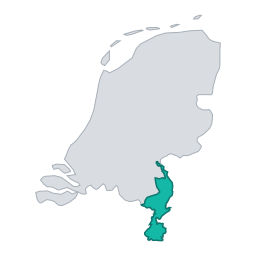 location of Limburg within Netherlands
{"feature_id": "NLD-898", "entity_name": "Limburg", "entity_type": "Province", "adm_level": 1, "iso_a3": "NLD", "parent_name": "Netherlands", "parent_adm1": "", "projection": "mercator", "projection_center": [5.902, 51.263], "detail": "fine", "context": "in_parent", "style": "filled", "palette": "teal", "viewbox_px": 256, "rotation_deg": 0, "n_neighbors": 0, "source": "natural_earth", "source_scale": "10m", "svg_char_len": 5387}
<svg xmlns="http://www.w3.org/2000/svg" viewBox="0 0 256 256"><path d="M162.6,240.4L157.7,240.3L153.1,240.1L150.7,239.7L148.1,238.6L147.0,236.2L145.5,233.4L145.9,231.6L150.2,226.6L150.8,225.2L150.4,224.5L150.8,222.3L154.1,214.9L154.5,211.9L153.1,209.8L151.0,208.5L144.1,206.3L140.8,203.2L139.3,200.4L137.7,199.7L135.5,200.6L129.8,201.6L125.1,200.1L119.7,194.9L118.4,190.3L117.7,186.7L116.4,185.5L114.5,187.3L112.2,190.2L107.6,190.6L106.3,189.9L106.0,188.3L105.8,186.8L104.5,184.9L103.2,183.8L97.3,189.2L95.1,189.1L92.4,187.1L91.1,185.1L88.1,186.2L85.4,188.7L86.3,193.4L84.8,194.2L81.5,193.8L77.8,191.9L73.6,190.7L67.2,187.5L58.4,190.1L52.2,187.0L47.1,186.7L43.9,184.2L40.5,180.0L42.9,177.2L45.2,176.3L54.6,175.7L61.4,177.4L73.7,186.5L76.8,186.5L80.1,185.3L78.4,182.8L75.3,181.6L70.8,179.2L67.1,175.7L75.7,174.6L74.5,172.8L73.4,169.8L64.4,159.1L65.9,156.2L68.2,150.0L71.0,144.8L73.2,143.5L76.9,139.8L85.0,129.0L90.1,120.2L93.9,109.7L99.4,80.7L101.1,75.8L103.8,70.3L107.2,71.3L109.5,72.9L117.8,68.7L132.1,57.9L136.3,48.5L140.4,44.1L156.8,35.5L165.8,33.0L179.8,32.3L189.9,30.8L202.0,30.2L206.6,35.5L209.3,39.4L213.6,41.5L220.3,43.0L219.9,50.6L219.9,65.6L219.4,68.3L216.4,74.6L213.3,85.9L212.4,93.3L211.4,94.7L198.7,94.6L196.9,95.9L196.7,97.5L197.3,99.4L197.0,101.3L196.0,102.8L196.6,105.3L198.8,108.0L202.8,109.8L207.1,109.9L209.3,109.6L210.9,111.6L212.5,114.6L212.4,118.5L211.8,123.6L209.7,128.3L203.9,133.8L201.2,135.7L198.8,136.7L197.6,138.1L197.0,140.0L197.2,141.6L201.3,145.9L201.2,146.9L200.0,149.2L198.4,151.3L187.7,155.7L183.2,155.4L180.7,157.6L179.9,158.0L177.1,156.0L170.8,153.7L168.5,154.5L167.2,155.7L163.2,157.3L160.4,159.7L160.4,162.9L165.4,170.9L167.1,172.5L167.2,175.5L169.6,179.3L172.1,184.0L172.4,187.0L172.1,190.0L170.8,194.3L166.5,204.3L166.4,206.2L166.8,207.7L168.3,208.1L169.4,208.9L169.1,210.2L161.0,217.1L159.9,218.3L156.5,218.0L156.0,219.2L156.5,221.0L157.8,222.7L160.7,223.5L163.2,225.3L165.2,228.7L162.6,240.4ZM77.8,191.9L77.0,194.8L75.2,198.0L68.8,202.6L62.2,205.6L58.8,205.2L56.4,203.6L55.2,202.0L51.6,200.4L46.8,199.6L43.7,201.3L41.6,202.9L39.7,202.7L38.3,201.3L37.2,199.2L35.7,192.5L39.4,191.3L47.2,190.9L53.3,193.2L61.3,194.3L67.4,191.1L72.3,193.9L77.8,191.9ZM64.5,164.6L69.1,168.9L70.1,170.2L70.5,171.6L64.5,173.3L58.2,168.1L54.0,169.4L52.5,166.9L52.4,165.4L56.8,164.1L64.5,164.6ZM109.4,59.9L104.7,65.6L101.8,64.0L100.9,62.7L102.4,58.3L109.4,50.9L109.4,59.9ZM130.5,34.7L126.0,35.3L124.0,34.2L134.8,31.0L141.6,30.0L142.8,30.5L130.5,34.7ZM159.4,28.8L150.0,30.1L146.8,29.1L146.3,28.2L148.8,27.6L156.9,27.5L159.4,28.3L159.4,28.8ZM120.1,40.9L111.2,46.8L110.5,45.9L116.2,40.8L120.1,40.9ZM198.1,18.8L193.6,19.1L194.9,17.0L199.0,15.4L201.3,15.4L198.1,18.8ZM178.8,24.6L172.1,27.4L170.5,26.8L170.9,26.0L176.8,24.3L178.8,24.6Z" fill="#d9dde1" stroke="#a8b0b8" stroke-width="1"/><path d="M160.3,164.1L160.0,164.4L159.9,165.2L160.4,165.4L161.8,165.4L162.3,165.6L163.4,166.5L163.9,166.9L163.3,169.1L164.4,170.5L167.6,172.0L167.0,173.7L166.8,174.8L167.0,175.8L170.2,180.2L172.1,182.4L172.5,184.9L172.7,186.3L172.5,187.9L172.2,189.5L172.1,190.9L172.8,191.8L172.5,192.5L172.4,194.1L172.1,195.1L171.7,195.8L170.4,196.6L169.9,197.1L167.5,201.7L166.5,202.9L166.0,203.7L165.6,205.3L165.4,207.0L165.8,208.4L166.9,209.0L169.3,207.4L170.4,207.8L170.0,208.0L168.9,208.9L169.9,209.8L169.2,210.8L166.5,212.3L162.0,215.8L161.4,216.5L160.5,218.4L159.9,219.1L159.0,219.2L158.3,218.6L157.8,217.9L157.1,217.5L155.8,218.2L156.0,220.0L156.8,222.2L156.8,224.1L157.5,224.0L158.7,223.3L159.4,223.2L160.0,223.2L161.3,223.7L163.0,223.5L163.1,223.8L162.8,224.5L162.6,225.1L162.7,226.2L162.8,226.8L163.2,227.2L164.3,227.9L165.9,228.5L165.8,228.8L165.6,229.2L165.5,229.7L165.9,231.3L165.9,231.9L165.6,232.7L165.0,233.3L163.9,233.2L163.3,233.6L162.9,234.4L162.9,235.0L163.0,235.7L162.8,236.6L162.1,237.3L161.3,237.1L161.5,238.0L161.9,238.7L162.4,239.0L162.7,239.5L162.6,240.5L161.6,240.6L158.2,240.5L157.6,240.4L157.1,240.2L152.9,240.3L152.4,239.9L151.4,238.9L151.0,238.7L150.5,239.0L150.0,239.8L149.8,240.1L149.3,240.2L148.8,240.1L147.9,239.6L148.4,237.9L148.5,237.0L147.7,236.8L146.7,236.3L146.4,236.1L145.6,235.5L144.8,234.4L144.7,232.7L148.2,228.8L148.7,228.6L149.3,228.4L149.5,228.2L150.1,227.2L151.0,225.5L151.5,224.5L151.1,224.3L150.6,224.2L149.5,224.5L151.4,221.5L152.2,219.7L151.5,218.8L151.6,217.8L151.9,217.0L152.3,216.8L152.8,217.3L153.2,216.8L153.5,216.2L153.8,215.2L153.7,214.9L153.6,214.6L153.5,214.1L154.0,214.1L154.5,214.1L155.0,213.9L155.5,213.6L154.4,212.4L154.5,211.5L155.2,210.8L155.1,210.5L154.6,209.5L153.8,209.4L152.4,209.8L151.7,209.3L150.7,207.9L149.9,207.4L149.3,207.3L147.3,207.8L146.5,207.8L146.0,207.4L145.5,206.9L144.9,206.4L142.1,205.6L141.3,204.9L142.1,204.6L143.3,204.2L143.7,204.3L144.1,204.1L144.4,203.7L144.7,203.2L145.1,200.6L145.9,199.1L146.3,198.6L147.3,197.3L152.0,195.8L155.4,194.7L156.8,194.4L158.0,193.4L159.7,192.0L158.5,189.5L156.9,187.2L155.8,182.8L155.1,178.0L156.8,178.1L158.6,178.8L159.2,178.8L160.5,178.5L162.8,177.7L163.3,177.9L164.5,178.7L165.2,178.0L165.2,177.4L164.9,176.7L164.3,174.4L164.1,174.1L164.1,173.8L163.1,172.2L162.7,171.8L162.2,171.5L162.0,171.1L162.3,170.4L161.6,169.5L160.9,166.7L160.2,166.1L158.2,165.9L157.5,165.4L157.1,164.5L157.2,163.6L156.3,163.1L156.3,162.0L156.7,161.7L157.2,161.6L157.4,161.7L157.6,161.7L157.8,162.0L158.6,163.2L158.8,163.3L160.0,164.2L160.3,164.1Z" fill="#14b8a6" stroke="#0f766e" stroke-width="1.5"/></svg>